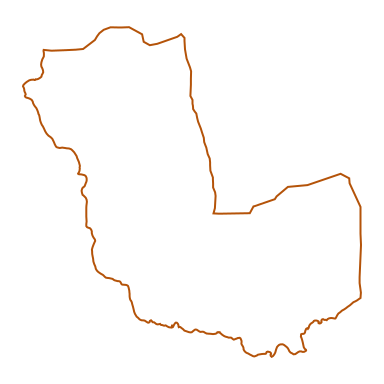 outline of Vermaul, Shefa, Vanuatu
{"feature_id": "77236927B21234024058134", "entity_name": "Vermaul", "entity_type": "district", "adm_level": 2, "iso_a3": "VUT", "parent_name": "Vanuatu", "parent_adm1": "Shefa", "projection": "orthographic", "projection_center": [168.197, -16.741], "detail": "fine", "context": "isolated", "style": "outline", "palette": "amber", "viewbox_px": 384, "rotation_deg": 0, "n_neighbors": 0, "source": "geoboundaries", "source_scale": "gbopen_adm2", "svg_char_len": 5898}
<svg xmlns="http://www.w3.org/2000/svg" viewBox="0 0 384 384"><path d="M349.2,178.3L340.6,173.8L307.5,185.1L287.9,186.9L276.6,196.4L274.8,199.2L253.9,206.4L253.5,206.4L249.8,213.2L219.0,213.7L213.5,213.4L214.9,208.2L215.6,195.9L215.1,192.3L213.1,187.5L213.1,183.4L212.9,179.3L212.9,177.5L210.4,170.7L210.1,165.3L210.1,162.3L209.7,158.5L207.7,154.1L206.3,147.6L205.2,144.8L204.2,142.1L203.8,137.8L202.0,132.4L200.8,128.5L198.1,121.7L197.2,118.1L196.3,113.5L194.7,111.5L193.1,109.0L193.1,108.1L192.9,105.6L192.5,103.8L192.5,99.9L190.4,96.0L190.9,84.7L190.9,78.6L191.1,71.3L190.0,67.4L186.6,58.6L185.0,49.3L184.5,40.9L184.5,37.9L181.1,34.1L177.3,36.8L157.3,43.8L149.8,45.2L143.7,41.8L142.1,34.3L129.1,27.2L120.7,27.5L110.5,27.3L103.7,29.8L99.4,33.2L97.1,36.3L94.9,40.0L83.1,49.0L75.6,49.7L64.9,50.2L51.5,50.7L43.7,49.9L43.5,50.9L43.9,53.1L43.9,54.8L43.8,56.5L43.2,57.7L42.3,59.4L41.4,62.4L41.1,64.6L41.4,66.7L41.9,67.5L42.4,68.6L42.9,70.0L43.1,71.1L43.2,72.3L42.6,73.6L41.8,75.0L41.4,76.7L40.4,77.6L38.3,78.9L36.6,79.4L35.6,79.3L35.0,80.0L34.3,80.0L33.6,79.6L31.1,79.8L29.3,80.3L26.6,82.0L24.6,83.7L23.3,85.2L23.0,86.4L23.7,87.6L24.2,89.2L24.3,90.6L24.6,91.7L25.3,93.1L25.7,94.4L25.3,95.2L24.9,96.0L25.4,97.0L26.3,97.6L27.6,97.9L29.6,98.6L31.6,99.8L32.7,101.5L33.1,103.2L33.9,104.8L34.8,106.2L36.4,108.2L37.4,110.4L38.2,112.6L38.4,113.8L39.0,114.8L39.3,115.7L39.6,117.2L40.2,120.6L40.9,122.7L41.8,124.8L42.9,126.4L44.0,128.6L45.2,131.3L46.6,133.6L48.5,135.7L49.7,136.5L50.8,137.3L52.3,138.8L53.1,140.4L54.0,142.3L54.8,144.3L55.7,146.0L56.3,146.9L57.2,147.4L58.8,147.8L59.8,148.0L61.0,147.8L62.2,147.6L65.0,148.0L66.7,148.3L69.1,148.5L71.0,149.2L72.1,150.1L74.2,152.3L76.6,156.1L77.2,158.1L77.9,159.7L78.9,162.0L79.5,164.3L79.9,165.9L79.6,167.6L79.8,168.4L79.5,170.9L79.4,171.1L78.8,172.6L78.1,173.5L78.4,174.1L79.6,174.3L81.3,174.4L83.0,174.8L84.6,175.2L85.9,176.3L86.6,178.1L86.7,180.2L86.4,181.7L85.9,182.8L85.2,184.7L84.6,186.2L83.7,187.0L82.7,187.7L82.0,189.1L81.6,190.8L82.0,193.0L82.6,194.9L83.3,195.3L84.1,196.1L85.7,197.7L86.6,199.7L86.9,201.8L86.7,203.4L86.4,205.9L86.3,207.9L86.3,213.7L86.3,216.6L86.6,221.5L86.3,224.1L86.3,226.1L87.1,227.2L88.5,227.8L89.8,228.1L91.1,229.5L91.8,231.3L91.8,233.2L92.4,235.3L93.0,236.6L93.7,237.8L94.9,239.5L95.2,240.9L94.4,242.6L93.8,244.0L93.4,245.0L92.6,247.1L91.9,249.6L92.1,251.2L92.2,254.0L92.7,256.7L93.1,258.6L93.4,261.5L94.2,264.0L95.3,266.5L95.8,268.8L96.9,270.6L98.3,272.0L100.6,273.6L102.9,274.9L103.9,275.8L104.6,276.6L105.8,277.6L107.1,277.9L109.2,278.1L112.6,278.9L113.7,279.8L114.6,280.3L115.7,280.6L117.5,281.1L118.0,281.1L119.1,281.2L120.2,281.7L120.8,282.7L121.5,284.1L122.2,284.6L123.5,284.7L124.7,284.8L125.9,284.9L126.9,285.2L127.9,285.8L128.5,287.2L128.9,288.9L129.3,290.7L129.4,292.2L129.6,293.8L129.6,296.2L129.8,297.9L130.2,299.5L130.8,300.6L131.1,300.8L131.8,302.3L132.2,304.1L133.0,306.8L133.7,309.7L134.2,311.9L135.0,313.9L135.9,315.4L136.6,316.6L138.2,317.9L139.5,319.3L140.6,319.9L141.7,320.3L142.9,320.3L144.7,320.6L146.2,321.6L147.6,322.5L148.2,322.7L149.2,322.4L149.5,322.2L149.9,320.9L151.0,320.3L152.1,321.4L152.6,322.2L153.8,322.3L154.1,322.3L155.4,323.3L156.4,324.1L157.8,324.4L159.3,324.1L160.1,323.9L160.5,324.5L161.2,325.0L162.0,325.0L164.1,325.7L164.6,325.6L165.7,325.4L167.4,326.5L169.1,327.3L170.3,327.4L171.5,327.6L172.1,327.4L171.9,326.3L172.0,325.5L173.0,325.5L173.4,326.1L174.1,324.7L174.9,323.4L175.8,322.6L176.8,322.7L177.8,323.7L178.4,325.1L178.5,326.4L178.8,327.2L179.7,326.9L180.4,327.1L181.6,328.1L183.2,329.3L184.4,330.6L186.2,331.2L187.9,331.8L189.1,332.2L190.7,332.4L191.8,332.2L192.6,331.5L193.6,330.7L194.7,329.8L195.8,329.5L196.9,329.8L199.1,331.3L200.3,331.9L201.4,331.8L202.8,331.7L203.7,331.9L204.8,332.6L205.8,333.1L206.5,333.5L208.7,333.7L210.6,333.8L213.0,334.1L215.3,333.8L216.4,333.4L216.8,333.1L217.3,332.3L218.3,332.1L219.0,332.5L219.7,332.2L220.1,332.9L222.5,335.0L223.2,335.4L223.9,335.9L225.1,336.5L226.0,336.8L227.6,337.2L228.5,337.6L229.4,337.6L230.6,337.6L231.2,337.7L232.1,338.4L232.6,338.9L233.7,339.6L234.6,339.4L235.5,338.9L236.5,338.7L237.5,338.1L239.7,337.8L240.5,338.4L241.0,339.5L241.5,340.8L241.6,342.0L241.5,342.7L241.4,343.6L241.7,344.5L242.4,345.6L243.1,346.8L243.5,348.0L243.6,349.5L244.4,350.9L245.7,352.3L247.1,353.1L248.2,353.5L249.0,354.0L250.2,354.7L251.5,355.3L252.7,356.0L253.6,356.3L254.5,356.4L256.9,355.5L257.7,354.8L259.0,354.5L260.7,354.2L262.0,354.0L263.4,353.9L264.5,353.9L265.2,353.8L265.7,353.8L266.3,353.0L266.4,352.5L266.7,352.0L267.8,351.6L269.0,351.9L270.2,352.3L270.8,352.9L271.1,354.0L270.5,354.9L270.8,356.0L271.7,356.8L273.0,356.0L274.2,354.5L275.2,352.7L275.6,351.4L276.1,349.5L276.7,347.9L277.1,346.9L278.1,345.8L279.1,344.9L280.4,344.4L280.6,344.4L282.7,344.3L284.3,345.1L285.4,346.0L286.7,347.0L287.9,348.3L288.7,349.8L289.4,351.3L290.6,352.6L290.8,352.7L292.4,353.5L293.5,354.3L295.3,354.1L298.3,352.0L299.7,351.4L301.2,351.4L302.5,351.9L303.9,351.9L305.7,351.0L306.1,350.5L305.9,349.7L304.8,348.9L303.8,347.3L303.3,345.0L302.8,342.6L302.2,340.2L301.7,338.6L301.2,337.2L300.9,336.8L301.0,335.8L301.0,335.0L301.2,334.2L302.1,333.9L303.3,333.9L304.4,333.4L305.0,332.4L305.3,330.8L306.2,328.8L306.9,328.4L307.3,328.2L307.9,328.9L308.7,327.8L309.0,326.4L309.6,325.1L310.7,323.7L312.1,322.8L313.3,321.9L313.8,321.0L314.6,320.6L315.7,320.5L316.7,320.6L317.6,320.9L318.4,321.3L318.8,322.0L318.4,322.7L318.6,323.2L319.8,323.5L320.8,323.1L321.6,322.0L321.3,321.2L321.5,320.2L322.3,319.3L323.2,319.2L324.3,319.9L325.3,319.8L326.7,320.2L327.6,319.1L329.2,318.3L331.1,318.0L332.3,318.1L334.6,318.5L335.0,318.6L335.5,318.4L336.1,317.4L337.3,315.1L338.4,313.5L340.1,312.3L342.0,310.6L344.0,309.5L345.8,308.3L347.7,306.8L349.9,305.3L351.5,303.9L353.4,302.2L355.4,301.3L357.2,300.3L358.7,299.2L360.5,298.0L360.9,292.6L359.6,283.1L359.6,277.2L361.0,245.0L360.5,233.7L360.5,206.9L349.6,183.3L349.2,178.3Z" fill="none" stroke="#b45309" stroke-width="2"/></svg>